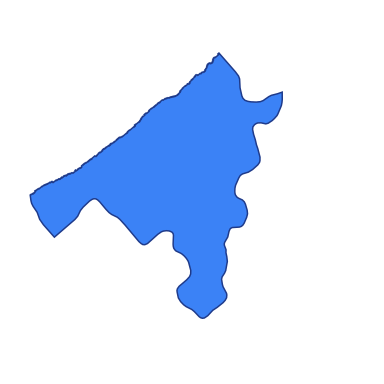 outline of Santo Domingo Este, Santo Domingo, Dominican Republic, rotated 139°
{"feature_id": "3306468B99956465733744", "entity_name": "Santo Domingo Este", "entity_type": "district", "adm_level": 2, "iso_a3": "DOM", "parent_name": "Dominican Republic", "parent_adm1": "Santo Domingo", "projection": "albers", "projection_center": [-69.79, 18.526], "detail": "fine", "context": "isolated", "style": "filled", "palette": "blue", "viewbox_px": 384, "rotation_deg": 139, "n_neighbors": 0, "source": "geoboundaries", "source_scale": "gbopen_adm2", "svg_char_len": 6094}
<svg xmlns="http://www.w3.org/2000/svg" viewBox="0 0 384 384"><g transform="rotate(139 192 192)"><path d="M81.9,279.2L81.9,278.2L86.1,278.2L86.1,278.6L87.2,278.6L87.2,279.0L87.6,279.0L87.6,278.6L89.1,278.6L89.1,277.8L89.5,277.8L89.5,277.4L90.3,277.4L90.3,277.0L91.1,277.0L91.1,276.6L91.8,276.6L91.8,276.2L92.6,276.2L92.6,276.6L93.7,276.6L93.7,277.4L94.1,277.4L94.1,277.8L95.2,277.8L95.2,278.2L96.4,278.2L96.4,277.8L97.2,277.8L97.2,277.4L97.9,277.4L97.9,277.0L98.7,277.0L99.1,276.2L100.2,276.2L100.2,275.8L101.7,275.8L101.7,275.4L102.1,275.4L102.1,275.0L102.9,275.0L102.9,274.6L104.0,274.6L104.0,275.0L105.2,275.0L105.6,275.8L107.1,275.8L107.1,275.4L107.8,275.4L108.2,276.2L110.9,276.2L110.9,276.6L111.3,276.6L111.3,277.0L112.0,277.4L112.0,277.8L113.2,277.8L113.6,277.0L113.9,277.0L113.9,277.4L114.7,277.4L114.7,277.0L117.4,277.0L117.4,276.6L118.2,276.6L118.2,277.0L118.9,277.0L118.9,276.6L121.2,276.6L121.2,276.2L122.3,276.2L122.3,275.8L122.7,275.8L122.7,275.4L123.1,275.4L123.1,275.8L123.9,275.8L124.3,276.6L124.6,276.6L124.6,276.2L127.3,276.2L127.3,276.6L131.1,276.6L131.1,276.2L134.2,276.2L134.2,275.8L134.9,275.8L134.9,275.4L135.7,275.4L135.7,275.0L138.0,275.0L138.0,274.6L139.5,274.6L139.5,275.0L141.4,275.0L141.4,275.4L142.2,275.4L142.2,275.8L143.0,275.8L143.0,276.2L143.7,276.2L143.7,276.6L144.5,276.6L144.5,277.0L145.3,277.0L145.3,277.4L146.0,277.4L146.0,277.8L147.2,277.8L147.2,278.2L147.9,278.2L148.3,279.0L149.4,279.0L149.4,279.4L150.2,279.4L150.2,279.8L151.4,279.8L151.4,280.2L153.6,280.2L154.0,281.0L157.5,281.0L157.5,280.6L158.2,280.6L158.6,281.4L160.1,281.4L160.1,281.0L162.4,281.0L162.4,281.4L164.0,281.4L164.0,281.0L165.1,281.0L165.1,281.4L167.8,281.4L167.8,281.8L170.8,281.8L170.8,281.4L171.6,281.4L171.6,281.0L174.6,281.0L174.6,281.4L175.4,281.4L175.4,281.8L177.3,281.8L177.3,281.0L179.6,281.0L179.6,281.4L180.0,281.4L180.0,281.0L181.9,281.0L181.9,280.6L182.7,280.6L182.7,280.2L184.2,280.2L184.2,279.8L185.3,279.8L185.3,279.4L186.1,279.4L186.1,279.8L190.3,279.8L190.3,280.2L191.4,280.2L191.4,279.4L191.8,279.4L191.8,279.0L193.3,279.0L193.3,279.4L198.7,279.4L198.7,279.8L201.0,279.8L201.0,279.4L202.1,279.4L202.1,279.0L202.9,279.0L202.9,279.4L208.2,279.4L208.2,279.8L209.8,279.8L209.8,280.2L210.5,280.2L210.9,281.0L211.7,281.0L211.7,280.6L213.2,280.6L213.2,281.0L214.7,281.0L214.7,280.6L217.4,280.6L217.4,281.0L218.1,281.0L218.1,280.6L218.5,280.6L218.5,281.0L220.8,281.0L220.8,281.4L221.6,281.4L221.6,281.8L222.4,281.8L222.4,281.4L223.1,281.4L223.1,281.0L223.9,281.0L223.9,281.4L224.6,281.4L224.6,281.8L227.3,281.8L227.3,282.2L228.5,282.2L228.5,281.8L229.6,281.8L229.6,282.2L230.4,282.2L230.4,282.6L231.9,282.6L232.3,281.8L233.0,281.8L233.0,282.2L233.8,282.2L233.8,281.8L235.3,281.8L235.7,282.6L237.2,282.6L237.2,282.2L239.9,282.2L239.9,281.8L241.1,281.8L241.1,282.2L241.8,282.6L241.8,283.0L246.0,283.0L246.0,282.6L246.4,282.6L246.4,283.0L247.2,283.0L247.2,283.4L247.9,283.4L247.9,283.0L249.1,283.0L249.1,283.4L249.8,283.4L249.8,283.0L250.6,283.0L250.6,283.4L252.9,283.4L252.9,283.8L254.4,283.8L254.4,284.2L254.8,284.2L254.8,283.8L256.3,283.8L256.3,284.2L258.2,284.2L258.6,283.4L259.4,283.4L259.4,283.0L260.1,283.0L260.1,283.4L260.9,283.4L260.9,283.8L262.4,283.8L262.4,284.2L263.2,284.2L263.2,283.8L265.1,283.8L265.1,284.2L265.5,284.2L265.5,285.0L266.2,285.0L266.6,284.2L268.9,284.2L268.9,284.6L269.7,284.6L270.1,285.4L271.6,285.4L271.6,285.8L272.3,285.8L272.3,286.2L273.1,286.2L273.1,286.6L273.9,286.6L273.9,287.0L274.3,287.0L274.3,286.6L275.0,286.6L275.0,287.0L275.8,287.0L275.8,286.6L276.2,286.6L276.2,287.4L277.3,287.4L277.3,287.8L278.1,287.8L278.1,288.2L278.5,288.2L278.5,287.8L280.4,287.8L280.4,288.6L281.9,288.6L281.9,288.2L283.0,288.2L283.0,288.6L283.8,288.6L283.8,289.0L284.2,289.0L284.2,289.4L286.1,289.4L286.1,289.8L287.2,289.8L287.2,290.2L290.3,290.2L290.3,290.6L290.7,290.6L290.7,291.5L291.1,291.4L291.1,291.9L292.6,291.8L292.6,292.3L293.3,292.3L293.3,292.7L295.6,292.7L295.6,293.1L296.8,293.1L296.8,293.5L297.9,293.5L297.9,293.9L299.1,293.9L299.1,294.3L301.4,294.3L301.4,294.7L305.2,294.7L305.2,295.1L306.7,295.1L306.7,295.5L309.4,295.5L309.4,295.9L309.8,295.9L309.8,295.1L311.3,295.1L311.3,294.7L312.8,294.7L312.8,295.1L313.6,295.1L313.6,295.5L315.5,295.5L315.5,295.9L316.1,295.9L319.3,291.0L320.5,288.6L321.3,285.6L322.2,278.2L324.9,271.3L325.6,264.9L325.5,248.2L298.4,248.1L294.2,248.7L288.4,251.2L284.1,252.0L275.3,252.4L272.3,252.0L270.5,251.3L269.1,249.9L268.4,248.1L268.1,245.1L268.3,235.3L268.1,230.9L267.4,227.8L264.9,221.9L264.4,218.7L264.2,210.9L264.6,189.4L264.2,186.4L263.6,184.6L262.2,183.2L259.4,182.3L245.4,182.5L241.1,182.0L239.1,181.2L236.6,179.5L234.7,177.5L233.5,175.0L233.5,173.1L234.4,171.5L240.5,165.0L241.7,163.4L242.6,161.7L242.9,159.8L242.8,158.0L240.7,153.3L240.2,151.5L239.8,148.6L239.8,145.6L240.2,142.7L240.8,140.9L244.4,133.6L246.8,131.0L249.4,129.7L253.7,129.2L263.5,129.3L266.4,128.6L267.9,127.6L268.9,126.2L271.8,121.0L272.5,116.7L272.3,112.4L271.6,109.3L269.2,103.4L268.7,100.3L268.4,93.3L268.0,91.5L267.0,89.9L265.3,88.8L261.3,88.3L253.9,89.1L248.6,88.4L241.1,88.1L238.0,88.5L235.3,89.5L233.3,91.4L232.4,92.9L230.7,100.2L229.6,102.5L226.9,106.8L224.9,108.2L220.7,109.4L218.1,110.6L210.9,116.4L208.2,120.3L206.2,123.9L204.2,126.1L202.6,130.4L201.7,131.7L200.3,132.6L194.5,134.6L189.9,138.0L187.6,139.1L186.7,139.2L185.0,138.8L179.2,134.4L177.4,133.7L175.5,133.6L173.0,134.3L167.4,137.0L164.4,139.1L162.3,142.1L159.7,147.7L159.0,150.3L159.2,153.0L160.9,156.7L161.4,158.4L161.2,161.1L160.4,162.9L159.2,164.5L157.1,166.7L154.7,168.5L147.3,172.0L144.7,172.8L142.0,172.5L136.4,170.0L131.5,169.2L124.6,169.3L121.7,170.0L120.2,171.0L117.8,173.7L113.8,181.8L112.4,185.3L109.9,190.0L107.7,195.1L105.2,199.5L103.3,201.2L100.7,201.8L98.9,201.6L97.1,201.0L94.5,198.9L91.6,195.0L89.3,193.9L84.6,193.3L81.6,193.4L77.7,193.9L75.9,194.6L69.4,197.8L67.7,198.7L65.3,200.6L63.1,202.7L58.4,208.2L62.9,210.0L68.7,212.9L71.5,213.6L78.3,214.3L81.1,215.3L84.5,217.7L88.4,221.4L90.4,223.8L91.9,226.5L92.1,229.3L91.3,231.9L87.4,239.1L81.9,246.1L80.8,249.0L80.4,254.3L80.5,279.2L81.9,279.2Z" fill="#3b82f6" stroke="#1e3a8a" stroke-width="1.5"/></g></svg>